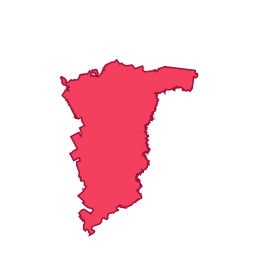 Huimanguillo, Tabasco, Mexico, rotated 242°
{"feature_id": "50627088B79182131187687", "entity_name": "Huimanguillo", "entity_type": "district", "adm_level": 2, "iso_a3": "MEX", "parent_name": "Mexico", "parent_adm1": "Tabasco", "projection": "albers", "projection_center": [-93.695, 17.762], "detail": "fine", "context": "isolated", "style": "filled", "palette": "rose", "viewbox_px": 256, "rotation_deg": 242, "n_neighbors": 0, "source": "geoboundaries", "source_scale": "gbopen_adm2", "svg_char_len": 5829}
<svg xmlns="http://www.w3.org/2000/svg" viewBox="0 0 256 256"><g transform="rotate(242 128 128)"><path d="M147.2,214.4L162.7,192.3L162.5,191.8L163.4,191.3L163.5,190.3L164.3,190.2L165.1,188.6L165.0,186.5L165.8,184.5L165.3,183.7L166.0,183.0L164.4,180.5L165.4,180.5L165.5,179.4L165.9,179.9L166.2,179.5L165.7,178.4L166.7,178.8L167.3,174.4L167.9,174.3L168.2,172.6L170.0,169.0L172.1,168.3L174.7,169.8L176.0,169.7L177.1,162.0L181.7,161.2L183.7,155.6L186.1,153.6L188.3,152.7L188.3,150.7L193.5,150.0L192.8,146.8L194.0,143.6L193.5,142.5L194.1,140.6L193.6,140.0L194.1,138.8L193.5,137.9L193.9,137.5L192.8,135.6L192.1,135.4L192.4,134.4L191.3,134.7L191.1,133.6L190.3,133.6L191.0,132.8L188.9,130.6L187.2,125.8L187.9,125.0L188.3,125.9L188.9,125.6L189.6,126.2L190.0,127.1L194.1,127.7L194.8,127.0L195.9,123.1L193.1,122.9L192.0,124.7L189.2,124.4L189.0,123.9L189.5,123.6L189.8,121.5L190.9,121.8L191.8,120.7L191.6,120.1L194.3,121.5L196.4,121.0L194.8,117.7L196.6,113.8L196.3,112.3L197.3,111.7L197.5,110.7L194.7,107.5L194.5,106.0L194.6,104.7L195.7,103.6L196.2,100.7L197.2,100.4L196.3,95.5L197.1,94.2L198.8,95.9L201.5,95.3L204.6,93.3L204.1,92.2L200.8,92.1L199.5,91.1L197.2,91.0L195.8,91.9L194.4,93.9L193.5,93.8L193.1,93.1L192.3,94.6L192.5,95.5L191.7,95.4L191.4,93.4L188.9,93.2L188.8,92.7L191.3,92.6L191.3,91.7L187.8,85.3L187.2,85.3L181.9,87.1L181.6,86.6L181.4,87.4L179.3,86.8L179.6,87.4L176.7,87.4L176.5,87.0L176.4,87.4L176.3,87.0L176.2,87.4L176.2,87.0L175.5,86.9L175.5,87.4L171.6,87.0L171.5,87.5L170.3,87.5L170.3,87.0L169.5,86.9L169.5,87.4L168.3,87.4L168.0,86.9L165.7,87.0L165.6,87.4L165.5,86.9L165.4,87.4L164.5,87.0L164.4,87.4L164.2,87.0L163.4,87.4L163.4,87.0L163.0,87.4L162.7,86.7L162.6,87.4L162.0,86.7L161.3,87.4L161.0,86.7L160.4,87.9L159.3,88.4L159.4,91.2L158.7,91.7L155.5,90.5L150.7,90.9L150.7,85.4L144.8,84.4L142.8,82.6L147.2,82.6L147.2,73.5L133.3,73.5L133.3,69.0L132.4,66.3L132.8,64.8L124.6,64.8L124.6,71.1L123.5,71.0L123.6,70.5L121.4,70.4L122.3,67.1L119.4,65.3L111.5,64.2L108.5,61.8L107.6,62.0L106.9,63.0L105.8,63.0L105.2,62.7L105.3,61.9L103.5,61.5L102.9,62.2L102.8,63.5L101.2,64.3L97.7,62.6L96.0,63.9L94.0,60.2L95.0,59.6L93.1,59.1L91.6,52.1L83.3,54.9L83.2,52.8L79.9,53.8L76.6,55.3L73.7,58.5L71.7,58.8L70.6,56.4L70.8,54.9L70.0,54.7L76.9,51.0L77.2,48.6L75.9,44.7L73.0,45.3L73.4,44.9L72.7,43.5L71.8,43.7L71.4,44.5L70.3,43.5L68.6,44.5L67.2,44.4L67.9,45.8L66.7,45.2L65.9,45.7L64.4,45.1L63.1,43.3L59.2,41.2L57.1,42.1L57.9,44.2L56.8,44.9L53.7,44.4L52.6,44.8L51.4,43.6L51.5,48.1L52.1,49.8L53.4,50.0L55.1,48.5L56.0,48.4L56.9,48.9L57.8,51.0L56.7,57.7L57.4,60.3L59.9,62.2L60.3,63.5L59.9,64.5L57.6,65.9L57.3,66.8L57.8,67.8L59.6,68.6L61.5,70.7L60.8,73.7L59.8,75.4L60.5,77.7L59.8,80.7L60.2,81.1L61.8,80.0L62.9,80.2L63.3,81.6L62.8,83.4L63.9,84.3L62.5,85.9L61.6,84.4L60.0,86.3L60.3,88.1L58.8,87.7L58.2,89.3L59.1,90.0L58.5,92.3L58.8,93.4L58.3,94.2L59.5,98.3L58.9,100.1L60.1,101.3L59.5,102.7L60.5,103.1L59.9,104.1L59.8,107.1L61.8,108.0L63.1,107.4L63.6,108.5L65.5,107.0L67.2,107.6L67.2,106.5L69.0,106.6L69.0,107.1L68.1,107.1L68.2,108.6L69.1,108.7L69.1,110.0L69.8,110.9L69.7,111.8L70.9,111.7L70.3,112.9L72.0,113.0L72.1,112.1L73.9,112.9L74.5,112.5L75.9,113.6L76.2,113.0L75.5,113.0L76.1,111.8L77.3,114.0L77.3,112.0L78.2,113.0L78.6,111.8L77.6,111.6L77.9,110.7L79.5,110.9L80.0,112.5L81.0,111.9L81.4,112.7L81.0,113.5L81.9,114.1L82.5,113.5L83.2,114.2L82.9,115.8L82.7,114.8L81.5,114.9L82.7,116.9L81.0,117.2L81.8,118.2L83.0,118.6L81.9,120.8L82.3,121.0L82.9,120.2L84.2,120.6L83.3,120.8L83.7,123.3L83.1,124.2L84.4,125.9L84.4,126.6L86.0,127.4L85.9,128.4L87.0,128.6L85.8,129.3L86.1,129.7L88.1,129.7L88.9,130.2L88.5,130.7L89.4,131.1L91.6,129.4L92.7,130.3L93.3,129.3L94.9,129.6L95.2,130.1L94.6,130.4L95.1,130.7L95.9,130.2L96.2,129.0L96.9,130.1L97.7,129.1L97.6,129.7L98.2,129.3L99.0,130.2L98.1,130.9L98.9,131.5L99.1,132.4L98.2,132.3L98.3,133.3L97.5,132.8L96.5,133.2L97.8,133.6L97.0,134.9L97.6,135.3L97.9,134.9L98.2,136.6L99.0,137.4L100.0,136.8L99.1,136.5L99.9,135.7L101.1,136.0L100.9,136.8L102.9,136.0L102.6,136.8L103.2,137.3L103.4,136.7L103.9,137.8L104.7,137.8L104.5,137.1L105.0,137.4L105.4,136.8L106.3,137.4L107.0,136.3L106.6,137.5L107.5,138.2L107.1,138.9L107.7,140.1L108.3,140.1L109.6,138.7L109.9,138.8L109.5,139.5L110.6,138.9L110.9,142.1L112.1,142.5L112.5,142.0L112.3,141.5L113.5,141.0L114.7,141.8L115.3,141.3L115.4,142.2L115.9,141.5L116.3,141.9L116.9,141.4L116.8,142.4L117.7,142.4L118.3,144.9L118.2,143.8L119.3,142.9L120.7,143.1L119.9,143.4L119.8,144.5L120.5,143.9L120.7,144.6L121.2,144.0L121.5,144.8L123.2,144.0L121.6,146.1L121.9,147.3L122.5,146.5L122.7,146.8L122.4,147.6L121.7,147.7L122.4,148.3L122.7,149.8L123.4,149.4L124.2,149.9L124.7,151.4L123.3,152.6L123.8,153.5L124.6,152.4L124.2,154.4L124.9,153.6L125.9,154.3L125.9,154.9L127.6,155.3L128.0,155.1L128.0,154.7L127.8,154.9L126.7,152.9L127.8,153.4L128.7,154.8L128.5,157.1L129.5,157.4L130.3,156.7L130.4,160.1L131.5,161.4L131.8,161.2L131.5,160.6L132.6,160.6L133.0,160.8L132.9,161.9L134.4,162.1L133.8,162.3L134.4,164.0L135.6,163.9L135.6,165.2L137.8,166.0L137.7,167.3L138.3,168.0L138.8,167.1L139.8,168.0L140.9,167.4L141.6,168.0L142.8,167.7L143.4,168.2L142.9,169.0L144.1,169.3L145.9,168.0L146.2,168.6L144.7,170.0L145.3,170.5L145.1,171.4L144.1,171.3L143.7,172.6L144.1,175.8L143.0,176.7L141.8,176.8L143.9,177.8L144.0,178.5L143.2,178.5L144.2,179.9L142.9,181.2L141.9,183.7L142.1,184.8L141.3,185.5L141.4,186.5L139.9,186.1L139.4,186.6L140.5,186.7L140.1,187.5L140.6,187.9L140.9,187.2L141.9,187.3L142.2,188.1L141.1,188.5L140.4,189.8L141.8,190.4L141.7,191.0L140.3,191.6L140.3,192.1L139.6,191.7L138.9,194.2L138.1,194.7L137.1,194.2L136.6,194.9L136.3,194.1L135.2,194.2L135.2,195.6L134.1,195.9L133.3,197.1L133.3,198.8L132.6,198.9L132.5,199.7L131.2,200.4L132.2,201.4L132.1,202.0L133.4,202.6L132.9,203.3L142.3,210.0L140.4,211.4L141.1,213.8L143.6,214.8L144.2,213.0L147.2,214.4Z" fill="#f43f5e" stroke="#9f1239" stroke-width="1.5"/></g></svg>